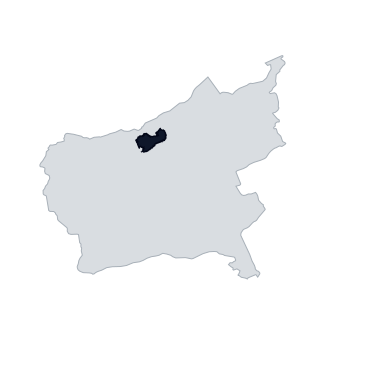 Shabunda, Sud-Kivu, Democratic Republic of the Congo shown in context, rotated 246°
{"feature_id": "63176286B28648737127916", "entity_name": "Shabunda", "entity_type": "district", "adm_level": 2, "iso_a3": "COD", "parent_name": "Democratic Republic of the Congo", "parent_adm1": "Sud-Kivu", "projection": "equal_earth", "projection_center": [27.534, -3.007], "detail": "fine", "context": "in_parent", "style": "filled", "palette": "ink", "viewbox_px": 384, "rotation_deg": 246, "n_neighbors": 0, "source": "geoboundaries", "source_scale": "gbopen_adm2", "svg_char_len": 8092}
<svg xmlns="http://www.w3.org/2000/svg" viewBox="0 0 384 384"><g transform="rotate(246 192 192)"><path d="M290.6,253.3L270.3,257.6L270.7,259.1L270.6,260.7L270.0,262.0L268.0,265.4L264.9,268.4L264.9,269.2L266.4,272.6L267.4,277.4L267.1,285.7L267.6,287.9L267.5,289.7L266.4,291.6L264.4,301.6L265.8,306.4L269.7,310.9L272.1,314.3L276.0,315.5L276.6,315.3L276.9,312.5L280.0,311.4L280.0,329.2L279.7,330.2L279.2,330.4L278.4,329.8L278.2,328.1L277.4,327.4L273.5,329.6L272.5,329.6L271.5,329.2L270.7,328.3L270.5,326.9L267.8,321.8L266.5,321.4L265.0,316.7L259.0,313.3L256.6,313.1L255.4,312.0L254.2,308.4L252.2,306.0L251.8,303.4L251.4,303.0L250.1,303.5L249.1,307.7L247.7,308.7L245.2,308.8L239.0,307.6L234.6,305.4L233.4,305.6L231.7,303.6L230.9,300.5L231.3,298.0L231.0,297.6L224.2,299.7L222.6,300.9L221.1,300.6L220.6,300.0L221.3,298.3L220.9,296.4L220.4,295.6L218.4,294.9L217.8,292.9L216.6,292.6L216.2,292.9L215.9,294.3L215.1,294.7L211.1,294.1L206.9,295.8L201.3,295.3L198.6,297.4L198.2,297.4L197.6,296.3L197.1,292.9L197.4,292.0L198.2,291.3L198.5,290.0L198.2,286.5L198.4,285.7L198.1,283.6L197.2,280.4L196.0,277.8L193.5,273.9L193.0,272.0L193.1,267.6L193.9,260.6L193.8,255.4L192.7,252.1L192.5,248.4L193.1,241.9L192.5,240.3L179.6,239.8L179.1,239.3L178.8,238.4L179.4,234.5L171.6,235.5L169.2,236.2L167.8,237.8L167.3,239.8L167.3,242.6L166.1,245.3L165.8,249.9L163.6,250.4L161.5,250.4L157.3,249.5L153.2,250.8L151.3,252.0L150.2,251.4L146.6,251.9L146.1,251.5L141.8,242.5L139.9,239.5L139.6,238.0L139.7,236.6L139.2,234.7L137.2,230.1L136.8,227.9L136.9,224.5L136.7,223.4L134.9,220.4L133.7,219.5L132.5,218.9L111.4,219.3L104.5,218.8L99.4,219.2L96.9,218.9L96.1,218.5L93.8,219.1L92.6,220.4L90.8,221.0L89.7,220.7L87.5,217.4L90.4,216.8L90.6,216.4L90.8,208.4L90.0,207.2L91.6,205.8L94.1,202.3L96.6,201.0L96.9,200.3L97.5,200.3L98.4,201.8L100.5,203.8L103.2,202.0L103.5,201.6L103.8,198.1L104.5,197.8L105.6,198.5L106.3,198.5L107.4,197.5L110.8,195.8L111.9,198.0L110.9,200.0L111.4,201.5L111.5,203.7L112.0,204.2L114.7,204.4L115.5,203.9L120.8,195.9L122.2,195.0L124.4,191.8L127.4,190.4L128.7,187.9L130.4,183.5L131.2,177.0L130.8,165.9L131.1,164.4L134.7,159.4L138.4,150.3L140.9,147.9L142.7,147.0L145.6,143.7L147.9,140.3L147.6,136.3L148.2,133.0L149.4,128.7L149.8,124.2L149.4,119.5L149.6,115.6L151.3,109.5L151.5,102.4L153.0,96.4L156.1,88.9L157.6,83.3L157.3,77.7L157.7,73.7L157.6,71.3L157.0,69.2L157.3,67.9L158.5,67.3L159.9,65.2L162.6,59.8L165.4,57.2L167.3,56.3L169.4,56.4L170.7,56.9L172.8,59.0L175.3,60.7L177.1,62.8L178.9,66.1L183.2,66.9L185.1,68.1L186.2,68.5L186.7,68.2L187.6,68.4L189.6,69.4L191.3,68.8L199.3,71.0L200.2,69.9L202.5,64.2L204.2,62.3L207.0,62.1L209.1,63.2L210.3,63.2L220.2,58.3L221.5,58.1L225.1,59.2L227.4,58.5L228.4,58.7L230.4,57.8L232.0,54.4L233.4,53.6L247.6,57.3L249.8,55.5L250.8,55.3L254.0,56.6L255.0,58.7L256.9,60.5L258.2,63.4L260.3,65.1L261.4,66.7L262.7,67.8L265.2,68.2L268.5,65.5L270.9,65.8L273.2,67.2L274.0,67.2L275.7,65.6L276.7,63.9L277.6,63.6L278.9,64.3L280.1,65.9L281.1,68.1L284.6,73.2L288.1,75.4L289.0,78.5L290.2,78.2L290.8,78.5L291.7,80.5L292.3,80.9L292.5,81.7L291.6,83.6L290.8,87.2L291.9,89.3L291.0,92.5L290.5,95.8L291.6,96.6L293.1,96.6L294.4,98.3L295.5,98.6L296.5,100.4L296.3,101.9L292.9,107.3L287.8,113.8L286.1,114.6L285.2,115.9L284.5,117.8L283.1,119.4L281.9,120.0L281.8,124.8L280.1,129.7L279.4,130.7L278.5,138.7L278.7,140.1L277.7,146.6L277.9,152.7L275.4,154.6L273.7,157.6L273.0,159.7L273.0,164.7L270.2,167.7L270.0,168.4L270.7,171.9L271.7,172.4L271.7,173.6L274.0,177.4L273.9,188.9L274.0,190.1L275.2,192.8L275.9,198.0L275.1,204.7L278.2,216.8L276.8,221.3L277.4,225.6L279.3,230.0L283.6,234.4L284.8,236.2L285.9,238.7L286.9,242.5L290.6,253.3Z" fill="#d9dde1" stroke="#a8b0b8" stroke-width="1"/><path d="M262.8,188.8L262.8,188.7L262.6,188.7L262.5,188.4L262.4,188.4L262.3,188.2L262.2,188.0L262.3,187.7L262.2,187.6L261.9,187.4L261.7,187.3L261.5,187.2L261.4,186.9L261.5,186.8L261.4,186.7L261.2,186.3L261.2,186.1L260.8,185.8L260.9,185.7L261.0,185.7L260.9,185.6L261.1,185.4L261.0,185.1L260.9,185.1L260.8,184.9L260.7,184.9L260.7,184.6L260.7,184.4L260.7,184.2L260.9,184.0L260.8,183.9L260.7,183.9L260.6,183.7L260.6,183.2L260.4,183.2L260.2,183.1L260.1,183.3L260.1,183.2L259.9,183.1L259.6,183.4L259.5,183.2L259.5,183.3L259.4,183.3L259.5,183.4L259.4,183.5L259.5,183.5L259.4,183.6L259.3,183.4L259.3,183.6L259.1,183.6L259.1,183.8L259.0,183.7L259.0,183.9L258.9,183.8L258.8,184.0L258.7,184.0L258.4,184.1L258.2,184.2L257.9,184.1L257.8,184.3L257.7,184.3L257.8,184.2L257.7,184.2L257.4,184.2L257.2,183.9L257.2,183.6L257.3,183.4L257.4,183.1L257.6,182.9L257.6,182.6L257.6,182.1L257.7,181.9L257.7,181.7L257.6,181.3L257.6,181.2L257.9,181.1L258.1,180.9L258.4,179.9L258.5,179.7L258.5,179.4L258.5,179.1L258.5,178.6L258.6,178.4L259.1,177.7L259.3,177.2L259.3,176.5L259.2,176.2L260.0,176.0L260.1,176.5L260.3,176.4L260.5,176.2L260.7,175.8L260.9,175.8L260.9,175.6L261.0,175.3L261.1,174.9L261.3,174.8L261.8,175.0L262.2,175.2L262.4,175.1L262.7,174.8L262.8,174.7L263.0,174.2L263.6,174.4L263.8,174.3L264.0,174.0L264.1,173.9L264.0,173.5L264.3,172.9L264.3,172.3L264.7,172.0L264.6,171.7L264.5,171.4L264.3,171.2L264.2,171.0L263.9,171.0L263.7,170.8L263.5,171.0L263.4,171.0L263.1,171.3L263.0,171.2L262.9,171.3L263.1,170.7L263.3,170.7L263.4,170.4L263.3,169.9L262.8,169.6L262.9,169.4L263.2,169.3L263.3,169.5L263.6,169.4L263.6,168.6L263.5,168.1L263.6,167.7L263.8,167.5L264.0,167.4L264.2,167.5L264.3,167.4L264.2,167.2L264.1,166.4L264.0,166.0L263.5,166.0L263.4,165.9L263.6,165.5L263.8,164.9L263.2,164.8L263.0,164.6L262.9,164.2L262.6,163.9L262.5,163.5L262.5,163.3L262.4,162.5L262.2,162.5L261.7,162.8L261.6,162.2L261.7,161.9L260.7,162.0L260.5,162.3L260.5,162.2L260.4,161.9L260.1,162.0L260.0,161.8L259.3,161.8L259.0,162.0L258.8,162.3L258.2,162.2L257.7,161.8L253.8,161.7L253.7,161.8L253.9,162.0L254.3,162.2L254.8,162.3L254.7,162.7L254.5,163.0L254.5,163.4L254.6,163.6L253.8,164.3L253.4,164.2L253.1,164.7L252.7,165.4L252.5,165.1L252.4,165.2L252.3,165.4L252.2,165.5L252.2,165.8L252.1,165.7L252.1,165.3L251.9,165.2L251.8,165.4L251.8,165.1L251.7,165.3L251.6,165.2L251.6,165.3L251.4,165.3L251.5,165.0L251.4,165.1L251.2,165.3L251.2,165.2L251.3,165.0L251.1,164.9L250.9,165.1L250.9,165.3L250.8,165.1L250.8,164.9L250.4,164.8L250.2,164.8L250.2,164.4L250.0,164.2L249.9,164.3L249.8,164.2L249.7,163.9L249.6,164.0L249.4,163.7L249.4,164.0L249.2,163.8L249.2,163.7L249.0,164.0L248.9,164.0L248.8,164.3L248.9,164.5L248.7,164.3L248.6,164.1L248.4,164.1L248.2,164.2L247.9,166.1L248.1,166.4L248.0,166.6L247.9,166.8L247.8,166.7L247.7,166.8L247.7,166.7L247.6,166.8L247.6,167.4L247.6,167.6L247.6,168.4L247.7,168.6L248.0,169.1L248.1,169.8L248.2,170.1L248.0,170.4L248.0,170.5L248.0,170.8L248.3,171.3L248.5,171.6L248.6,171.8L248.5,172.1L248.9,172.3L249.0,172.7L248.9,172.9L248.8,173.3L248.6,173.5L249.0,173.9L249.1,174.2L249.3,175.5L249.6,175.8L249.6,176.0L249.8,175.8L249.8,176.0L250.2,176.4L250.2,176.9L250.2,177.0L250.3,177.2L250.6,177.6L250.8,177.6L250.9,177.8L250.9,178.0L250.9,178.3L250.8,178.6L251.0,178.7L251.0,178.9L250.9,179.2L250.9,179.6L251.0,179.6L250.8,180.2L251.0,180.4L251.1,180.5L250.9,181.1L250.7,181.3L250.6,181.6L250.7,182.0L250.7,182.4L250.8,182.3L250.9,182.6L250.8,182.8L250.8,183.0L251.0,182.9L251.0,183.1L250.9,183.3L250.9,183.6L251.0,183.7L251.0,184.0L251.0,184.5L250.9,184.6L251.1,184.6L251.1,184.9L250.9,184.8L251.0,185.1L250.9,185.1L250.9,185.4L250.8,185.5L250.7,185.6L250.8,185.7L250.7,185.7L250.7,185.8L250.6,186.2L250.7,186.4L250.6,186.6L250.6,186.8L250.6,187.0L250.6,187.3L250.5,187.5L250.7,187.8L250.8,187.8L250.7,187.9L250.9,188.0L251.0,188.4L251.0,188.5L251.3,189.0L251.4,189.3L251.5,189.3L251.6,189.7L251.9,189.9L252.1,189.8L252.3,190.0L252.4,189.9L252.5,189.9L252.5,190.0L252.8,190.2L253.0,190.1L253.2,190.3L253.2,190.2L253.2,190.3L253.3,190.3L253.6,190.4L253.6,190.5L253.6,190.4L253.8,190.4L253.8,190.5L254.0,190.6L254.2,190.9L254.2,191.0L254.3,191.1L254.5,191.3L254.6,191.1L254.8,191.0L255.4,191.3L255.9,191.3L256.1,191.5L256.4,191.7L256.6,191.7L258.0,191.4L258.3,191.4L258.6,191.7L258.8,191.7L260.3,190.9L260.3,190.7L260.3,190.1L260.7,189.6L261.0,189.4L261.3,189.2L261.3,188.9L262.2,188.8L262.8,188.8Z" fill="#0f172a" stroke="#020617" stroke-width="1.5"/></g></svg>